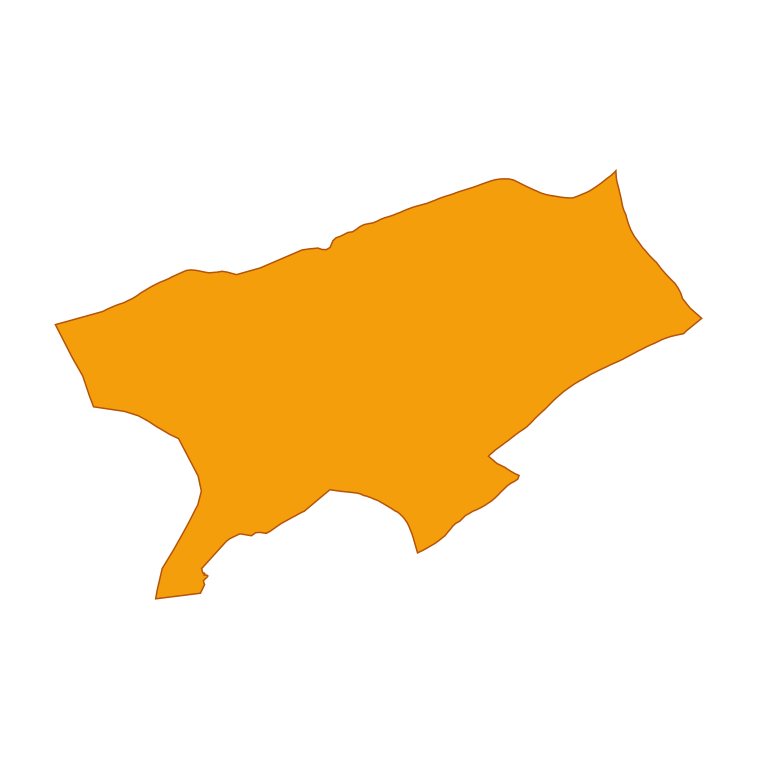 outline of Mahliyah, Ma'rib, Yemen, rotated 85°
{"feature_id": "15242507B61225716368783", "entity_name": "Mahliyah", "entity_type": "district", "adm_level": 2, "iso_a3": "YEM", "parent_name": "Yemen", "parent_adm1": "Ma'rib", "projection": "natural_earth1", "projection_center": [45.191, 14.667], "detail": "fine", "context": "isolated", "style": "filled", "palette": "amber", "viewbox_px": 768, "rotation_deg": 85, "n_neighbors": 0, "source": "geoboundaries", "source_scale": "gbopen_adm2", "svg_char_len": 4988}
<svg xmlns="http://www.w3.org/2000/svg" viewBox="0 0 768 768"><g transform="rotate(85 384 384)"><path d="M576.4,585.1L568.1,580.2L566.7,580.7L564.1,581.0L561.0,577.1L560.4,576.4L559.6,576.3L559.2,576.8L558.7,578.2L558.9,579.2L558.5,579.9L557.3,579.1L556.8,579.3L556.6,580.9L551.8,581.8L551.2,580.9L526.8,554.6L524.7,551.2L522.9,546.6L520.7,540.6L522.1,535.1L523.6,529.2L521.0,524.9L521.0,523.2L521.0,520.7L522.5,514.2L520.7,510.1L518.7,506.7L516.6,503.1L514.3,499.1L512.6,495.4L510.9,491.5L509.2,487.7L507.6,483.8L505.8,479.9L504.3,476.2L503.9,474.7L484.6,447.1L484.7,446.8L485.0,445.4L485.4,444.0L485.6,442.8L485.9,441.6L486.2,440.5L486.5,438.9L486.9,437.6L487.0,436.6L487.4,435.3L487.5,434.0L487.9,432.6L488.0,431.6L488.3,430.2L488.7,428.3L489.0,426.7L489.2,425.8L489.4,424.6L489.7,423.5L489.8,422.7L490.0,421.3L490.6,419.5L490.9,418.7L491.2,417.7L491.7,416.6L492.1,415.9L492.6,415.2L493.0,414.4L493.4,413.7L493.7,412.7L494.0,411.7L494.3,410.8L494.9,409.7L495.4,408.6L495.8,407.5L496.4,406.5L496.9,405.6L497.4,404.5L498.0,403.5L498.5,402.4L498.9,401.7L499.2,400.9L500.1,399.4L500.6,398.7L501.1,398.0L501.6,397.3L502.4,396.1L503.2,395.0L503.7,394.3L503.8,394.1L504.4,393.2L505.0,392.6L505.3,392.0L506.0,391.1L506.4,390.5L507.1,389.6L507.6,388.9L508.2,388.0L509.2,386.8L510.2,385.5L510.8,384.7L511.4,384.0L511.8,383.4L512.2,382.7L512.5,382.1L513.0,381.4L513.6,380.7L514.2,380.2L514.7,379.6L515.2,379.2L516.1,378.5L516.9,377.7L518.0,376.8L518.8,376.3L519.3,375.9L519.7,375.6L524.2,373.0L528.1,371.5L531.6,370.5L535.7,369.2L539.7,368.3L555.2,365.3L552.9,359.3L551.1,355.3L549.3,351.5L547.4,347.4L545.3,343.8L542.7,339.9L540.4,336.4L537.5,333.7L534.6,330.7L531.5,327.8L529.1,324.7L527.3,320.5L524.7,317.4L522.0,314.1L520.4,310.4L518.5,306.5L517.2,302.3L515.6,298.3L513.8,294.3L511.5,290.1L509.5,286.5L506.9,282.9L504.3,279.8L501.7,276.9L498.9,273.4L496.3,270.2L494.0,266.5L492.4,262.6L490.5,259.1L486.9,257.4L485.6,259.7L484.9,261.1L483.5,263.0L482.6,264.4L480.3,267.5L477.6,270.8L475.3,274.6L473.1,278.3L470.3,281.1L467.5,283.8L465.0,286.3L464.0,285.1L461.6,281.8L459.3,278.6L457.3,275.3L455.0,271.5L452.9,268.2L450.9,264.8L448.5,261.2L446.2,257.7L443.5,253.3L441.4,249.3L439.3,245.8L436.4,242.1L433.8,239.1L431.1,236.1L428.4,232.7L426.0,229.7L423.2,225.9L420.1,222.3L417.3,219.0L414.6,215.8L412.2,212.6L409.9,209.4L407.4,206.0L404.9,201.9L402.4,197.6L400.3,193.8L398.2,189.5L396.5,185.3L394.4,181.0L392.5,177.3L391.0,173.4L389.5,169.7L387.8,165.2L386.2,160.7L385.0,157.6L384.3,155.9L382.9,151.7L381.5,147.6L380.1,143.8L378.4,140.0L376.6,135.7L375.0,131.9L373.1,127.5L371.6,123.5L369.9,119.4L368.4,115.4L367.0,111.0L365.5,107.0L364.0,103.3L362.9,99.4L361.8,94.9L361.1,90.4L360.5,85.8L360.0,81.2L357.4,78.1L346.3,61.8L335.0,72.5L324.9,79.2L319.2,80.5L313.7,82.8L308.5,85.8L308.3,86.1L305.4,88.6L302.4,91.0L299.1,93.6L296.0,95.9L292.9,98.1L289.7,100.1L286.8,101.9L286.5,102.1L283.6,104.7L280.7,107.1L277.6,109.5L274.3,111.7L271.3,114.1L268.2,116.0L265.0,117.9L261.7,120.0L258.5,121.9L255.1,123.4L251.7,124.8L248.0,125.9L244.2,126.9L240.1,127.7L236.3,128.3L232.6,129.7L228.9,130.6L225.3,131.1L221.2,131.5L217.3,132.0L213.5,132.6L209.6,133.1L205.7,133.8L202.1,134.4L198.2,134.6L194.6,134.5L191.7,134.4L193.5,136.3L196.3,140.0L198.5,143.7L200.9,147.3L203.2,150.8L205.2,154.2L207.4,158.2L209.6,162.4L211.1,166.3L212.6,171.2L213.9,175.1L215.1,179.9L214.7,184.0L213.9,188.7L212.8,193.4L211.7,197.6L210.6,202.2L209.3,206.4L207.5,210.8L205.2,214.9L202.9,219.2L200.7,223.0L198.5,226.7L196.4,230.1L194.1,233.7L192.1,237.2L190.6,241.6L190.1,246.3L189.9,250.6L190.2,255.3L191.0,259.6L192.2,264.5L193.4,269.2L194.8,274.1L196.1,279.4L197.0,283.6L197.9,287.6L199.1,293.1L200.6,298.5L201.6,302.7L202.7,307.9L203.8,312.2L205.3,316.9L206.6,321.4L207.8,325.7L208.0,326.3L208.0,326.7L208.9,331.7L209.6,335.7L210.5,340.0L211.6,344.1L212.9,348.5L214.3,352.4L215.4,356.3L216.8,360.9L217.7,364.9L218.5,369.0L219.0,370.6L219.6,372.9L221.2,376.6L222.5,380.9L222.9,385.4L223.5,390.1L225.1,394.2L227.4,397.8L229.6,402.0L229.7,403.4L229.9,406.7L231.5,410.7L233.2,415.2L234.2,419.1L236.8,422.4L240.1,424.1L243.3,425.9L245.1,429.6L244.6,434.0L242.8,438.0L242.9,446.5L243.3,453.9L257.6,497.3L262.2,521.5L258.9,530.4L257.6,535.5L258.0,539.9L258.0,544.2L258.0,548.6L257.0,552.6L255.5,557.5L254.3,561.8L253.5,566.5L253.7,571.1L255.1,575.4L256.5,579.4L258.7,585.7L260.3,589.4L261.6,593.2L263.1,598.2L263.7,599.7L264.3,601.2L264.8,602.6L266.7,607.3L268.6,611.2L270.5,615.1L272.3,618.7L274.7,622.7L276.9,627.1L278.7,632.0L280.5,636.5L281.4,640.7L282.6,645.1L284.0,649.3L285.4,653.4L287.2,657.7L296.2,706.2L330.9,692.1L349.8,683.4L370.5,678.4L381.4,675.3L387.5,649.8L388.5,645.3L394.3,631.4L400.4,622.2L406.6,614.4L411.3,607.7L415.5,601.9L420.5,593.4L459.4,577.2L471.3,575.7L474.8,575.3L488.2,580.0L494.7,584.2L498.0,586.2L507.0,591.9L510.3,594.1L520.7,601.1L521.4,601.6L530.9,608.1L534.7,610.9L538.2,613.5L548.7,621.2L549.3,621.3L569.5,627.9L578.1,630.2L576.4,585.1Z" fill="#f59e0b" stroke="#b45309" stroke-width="1.5"/></g></svg>